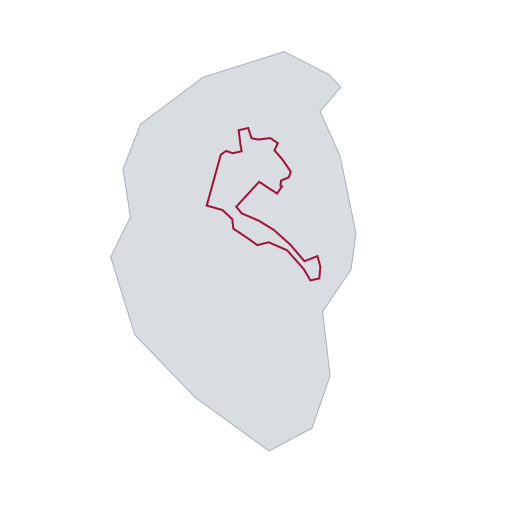 where Plaines Wilhems sits in Mauritius, rotated 158°
{"feature_id": "MUS-5188", "entity_name": "Plaines Wilhems", "entity_type": "District", "adm_level": 1, "iso_a3": "MUS", "parent_name": "Mauritius", "parent_adm1": "", "projection": "natural_earth1", "projection_center": [57.506, -20.307], "detail": "fine", "context": "in_parent", "style": "outline", "palette": "rose", "viewbox_px": 512, "rotation_deg": 158, "n_neighbors": 0, "source": "natural_earth", "source_scale": "10m", "svg_char_len": 934}
<svg xmlns="http://www.w3.org/2000/svg" viewBox="0 0 512 512"><g transform="rotate(158 256 256)"><path d="M313.7,421.5L238.0,441.6L153.3,434.9L120.4,396.8L114.1,380.9L142.5,365.9L140.6,317.0L154.8,239.7L172.9,207.9L215.0,179.6L232.2,117.2L268.5,75.5L316.9,70.4L365.2,147.3L397.9,228.3L391.1,309.5L357.8,339.2L346.8,386.1L313.7,421.5Z" fill="#d9dde1" stroke="#a8b0b8" stroke-width="1"/><path d="M282.8,321.2L250.7,363.1L244.3,364.6L239.1,360.0L230.1,358.5L228.8,364.6L225.0,379.1L215.3,377.6L216.0,366.9L210.2,363.1L198.6,360.0L193.5,352.4L199.3,347.1L195.4,335.7L192.2,321.2L196.1,316.6L204.4,316.6L207.0,312.0L205.8,310.8L213.1,306.0L225.3,323.6L255.8,309.1L253.3,300.8L240.4,287.9L229.9,273.8L220.0,253.8L213.0,233.0L199.0,232.9L200.4,221.8L205.7,211.5L214.7,213.0L216.6,225.9L225.0,249.6L239.1,264.0L250.7,265.6L256.5,274.7L266.8,289.9L264.2,299.1L270.0,311.3L282.8,321.2Z" fill="none" stroke="#9f1239" stroke-width="2"/></g></svg>